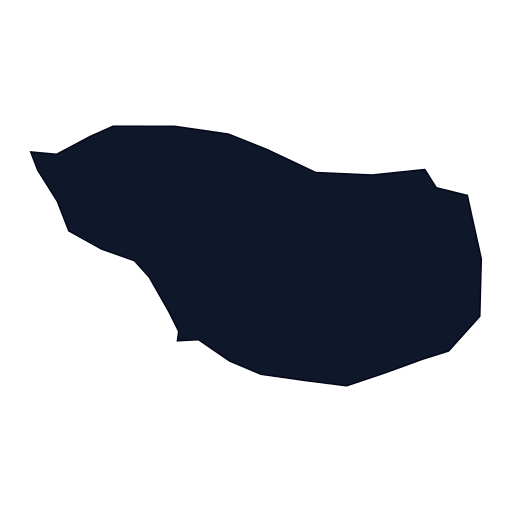 outline of Kungsör, Västmanland, Sweden
{"feature_id": "70781695B35489604221157", "entity_name": "Kungsör", "entity_type": "district", "adm_level": 2, "iso_a3": "SWE", "parent_name": "Sweden", "parent_adm1": "Västmanland", "projection": "orthographic", "projection_center": [16.093, 59.436], "detail": "fine", "context": "isolated", "style": "filled", "palette": "ink", "viewbox_px": 512, "rotation_deg": 0, "n_neighbors": 0, "source": "geoboundaries", "source_scale": "gbopen_adm2", "svg_char_len": 522}
<svg xmlns="http://www.w3.org/2000/svg" viewBox="0 0 512 512"><path d="M467.3,195.3L467.1,195.4L436.3,187.7L424.8,169.5L372.1,175.0L315.7,172.5L267.0,149.5L228.5,134.1L174.7,126.3L113.1,126.2L90.0,136.5L56.6,154.3L30.7,151.9L37.7,170.1L57.3,201.3L68.8,230.9L101.6,249.1L134.4,260.7L149.2,277.1L168.9,311.7L178.7,331.4L177.4,340.8L198.5,339.7L229.7,361.1L261.0,374.3L307.1,380.8L346.6,385.8L386.1,372.5L422.3,359.3L448.6,351.0L479.8,316.3L481.3,258.8L467.3,195.3Z" fill="#0f172a" stroke="#020617" stroke-width="1.5"/></svg>